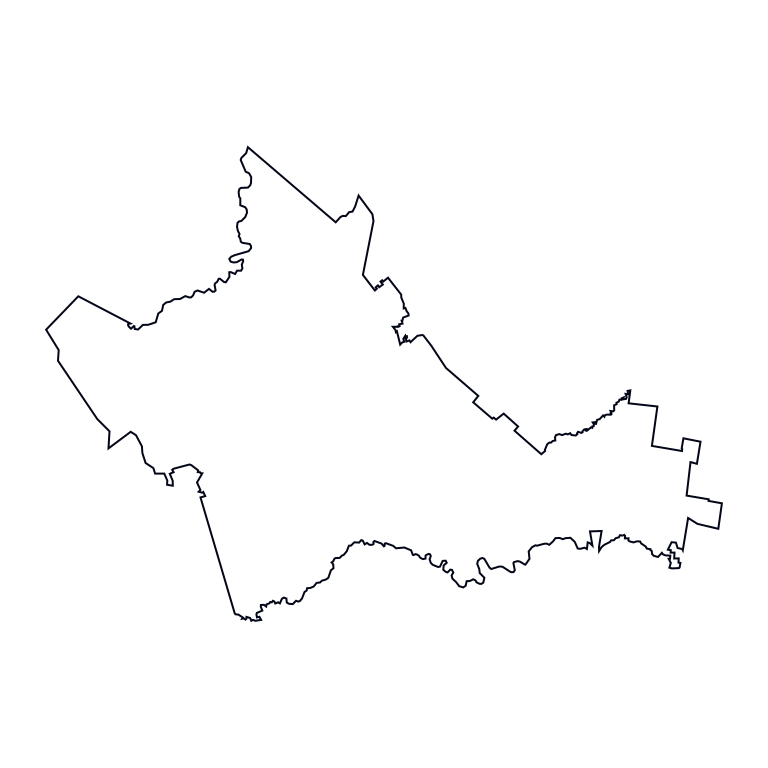 the district of Montemorelos, Nuevo León, Mexico
{"feature_id": "50627088B84903506613222", "entity_name": "Montemorelos", "entity_type": "district", "adm_level": 2, "iso_a3": "MEX", "parent_name": "Mexico", "parent_adm1": "Nuevo León", "projection": "albers", "projection_center": [-99.737, 25.166], "detail": "fine", "context": "isolated", "style": "outline", "palette": "ink", "viewbox_px": 768, "rotation_deg": 0, "n_neighbors": 0, "source": "geoboundaries", "source_scale": "gbopen_adm2", "svg_char_len": 6122}
<svg xmlns="http://www.w3.org/2000/svg" viewBox="0 0 768 768"><path d="M358.6,195.6L355.1,206.6L352.5,211.6L349.2,212.1L345.8,216.1L342.6,215.9L340.5,217.0L335.7,222.3L247.9,147.2L246.2,153.1L241.4,157.9L240.7,160.0L245.7,171.7L249.1,173.3L251.2,177.1L251.0,183.0L250.2,185.3L247.9,187.6L241.0,187.9L239.4,189.0L238.6,191.9L239.2,196.9L240.3,198.3L240.3,205.3L245.2,207.2L246.7,209.5L247.0,212.7L245.3,217.0L241.3,221.0L239.1,221.4L237.6,222.7L237.0,226.6L237.8,230.6L239.5,234.0L238.8,236.4L240.2,238.4L240.8,241.7L242.3,242.8L249.7,244.0L251.0,246.0L251.1,248.1L248.6,251.2L234.9,255.1L231.2,256.7L229.3,258.9L230.6,261.6L233.7,262.5L237.0,262.1L241.5,259.5L243.0,259.7L243.2,261.2L241.8,264.7L242.4,268.3L241.1,270.7L237.0,270.7L235.1,274.0L230.8,272.1L229.3,272.2L229.4,276.9L225.8,282.3L224.0,282.0L219.9,278.7L218.7,278.8L217.2,281.8L214.9,283.6L214.6,285.1L215.6,290.4L214.4,291.6L212.6,291.8L209.0,288.9L204.1,292.7L197.5,290.5L194.6,291.8L193.1,295.4L191.2,297.3L189.5,297.5L185.3,296.1L180.0,299.0L174.1,299.2L170.5,301.6L166.1,302.5L163.2,305.0L162.0,310.8L158.3,313.5L155.7,322.3L148.2,324.8L142.9,324.9L138.1,329.5L134.7,329.0L134.4,326.2L133.9,326.0L131.0,328.7L128.7,326.5L128.0,324.8L128.2,324.0L130.4,323.5L78.3,296.3L46.1,329.7L58.7,350.1L58.0,360.8L97.3,419.1L109.5,431.3L108.5,448.4L130.7,431.8L136.0,435.2L141.9,446.3L142.4,453.1L145.6,463.0L153.4,468.1L155.1,473.6L164.3,473.6L167.3,480.6L167.1,484.8L172.8,485.7L172.7,480.8L169.8,473.8L173.6,472.2L172.2,469.8L173.7,468.7L189.5,464.5L191.4,465.2L198.2,470.4L197.8,472.1L200.0,472.2L200.5,473.1L202.3,473.3L197.0,482.5L200.4,489.9L198.7,491.7L202.3,492.7L203.3,492.0L205.2,496.1L200.5,497.4L234.7,613.3L235.5,614.3L238.4,614.6L242.8,617.5L242.1,618.7L243.7,618.4L245.5,619.6L246.4,618.7L246.5,616.9L250.1,618.0L251.3,620.8L253.0,619.8L255.2,620.8L261.1,619.9L259.4,616.8L257.0,617.4L256.4,614.3L256.9,612.9L262.3,610.6L260.8,606.7L260.9,605.0L263.8,604.8L266.2,606.5L266.5,604.4L269.4,603.3L270.2,602.0L271.8,602.3L272.9,600.8L274.4,601.5L275.3,603.5L278.1,602.3L279.9,603.4L281.9,598.8L283.8,597.6L286.4,598.5L286.8,602.6L289.1,603.8L292.8,604.1L296.0,600.8L297.9,601.5L299.7,601.2L302.0,598.5L304.5,592.0L306.6,590.6L307.1,588.2L310.2,588.0L313.7,586.5L316.6,582.9L320.0,582.5L321.9,580.7L325.7,579.6L328.3,577.9L330.9,570.3L333.5,568.2L333.2,564.3L331.6,562.4L333.2,561.3L334.4,558.8L335.4,558.1L339.7,557.9L341.9,555.6L343.6,555.0L346.8,551.2L348.9,545.7L351.0,545.6L354.3,542.3L359.1,542.6L361.3,540.1L362.8,540.7L364.7,544.4L367.0,542.9L369.4,544.8L372.3,544.8L373.6,543.9L373.4,542.0L374.5,541.0L381.6,543.6L383.8,546.3L384.5,546.0L384.8,543.6L385.9,543.2L393.1,545.8L396.1,548.3L404.3,547.5L411.1,550.3L412.8,554.8L413.5,555.1L415.6,554.1L417.1,554.6L418.8,555.6L420.2,557.7L422.7,559.1L425.5,558.6L425.6,555.5L426.2,555.0L428.7,553.9L430.0,554.3L430.8,556.0L429.6,559.3L430.8,562.9L432.7,564.8L438.1,567.0L440.0,566.6L442.7,560.9L445.7,560.7L446.7,562.8L443.7,565.4L443.3,569.8L445.8,571.9L447.6,572.4L450.3,569.6L452.0,569.9L453.3,572.6L451.6,575.4L452.4,578.6L456.2,582.2L459.2,586.2L463.3,587.4L465.6,585.8L466.7,581.2L469.9,581.0L473.2,579.3L475.6,580.5L476.5,582.3L479.5,583.8L481.4,583.9L483.3,582.6L484.4,577.8L479.7,573.0L479.3,569.2L477.2,563.8L477.9,560.9L480.2,558.7L482.3,558.0L484.3,558.8L489.5,567.6L491.2,569.0L499.3,566.5L502.4,566.7L510.8,572.1L513.5,572.1L514.8,570.2L513.4,563.1L514.0,562.1L517.7,561.1L519.9,561.6L525.1,564.7L525.7,564.3L529.5,558.8L528.7,551.4L532.0,547.2L535.5,545.3L537.0,545.7L544.0,543.8L546.6,543.6L549.3,544.8L553.1,541.3L555.5,538.1L559.8,538.0L562.9,539.2L565.3,538.2L570.4,537.8L574.8,541.9L577.7,548.5L580.3,548.8L584.6,547.7L586.9,549.0L587.7,542.4L589.9,543.2L592.4,545.6L590.0,531.4L601.6,531.0L599.0,546.7L599.1,551.0L601.5,547.2L604.3,544.8L610.1,541.9L611.1,540.4L613.9,540.2L615.7,538.2L618.9,537.3L620.0,535.2L622.6,535.6L624.2,534.9L625.1,535.9L624.9,538.4L628.5,538.3L628.4,540.4L629.4,541.3L633.4,542.4L637.0,541.3L640.1,541.5L641.1,543.4L645.8,546.6L646.8,548.6L650.4,549.2L650.3,549.9L651.8,551.1L652.1,554.1L653.8,555.8L658.0,557.0L661.9,552.8L662.9,554.3L665.4,555.4L670.3,555.6L670.0,558.7L668.7,558.8L670.8,562.9L669.4,567.7L671.9,568.4L678.9,568.1L679.6,567.5L680.4,562.9L678.5,562.6L678.7,558.4L674.2,558.5L674.5,552.6L670.6,552.6L670.8,550.2L667.9,549.7L671.6,542.2L675.9,542.6L677.6,548.0L682.3,549.1L682.8,550.2L688.1,518.0L697.5,523.9L718.3,528.8L721.9,503.3L708.5,500.9L708.7,499.3L686.6,495.6L690.5,462.1L696.9,463.8L700.5,441.7L683.4,438.3L681.7,448.4L682.2,449.0L682.0,451.0L651.9,445.9L657.4,406.5L628.6,403.3L630.3,390.4L627.6,390.9L628.2,394.4L625.6,393.9L626.7,397.4L626.0,398.9L623.3,399.3L623.7,397.4L621.6,398.3L621.3,399.8L619.5,399.6L618.7,401.6L616.4,402.8L616.6,404.2L614.1,405.3L614.2,410.3L613.3,411.3L610.6,411.0L611.3,412.2L610.6,413.0L611.5,414.0L610.9,414.7L606.8,414.6L604.7,415.4L604.4,416.7L603.1,415.4L599.7,419.1L597.1,419.9L596.0,423.9L595.4,423.8L595.0,422.1L592.7,422.4L594.0,424.5L593.6,426.3L592.4,426.4L592.2,427.8L591.0,427.4L586.8,430.8L585.9,430.6L586.4,429.1L584.3,429.4L582.3,431.5L582.5,432.3L581.3,432.9L578.1,431.8L577.0,433.4L577.3,434.2L575.7,435.5L571.4,435.0L570.2,433.2L567.8,434.4L565.9,433.7L562.1,435.1L559.3,434.1L556.0,435.1L555.0,437.3L555.3,440.5L552.7,441.0L551.0,442.6L549.3,442.6L547.2,444.3L544.9,449.9L545.1,451.0L541.3,454.2L514.5,430.7L518.1,426.5L503.7,413.6L496.1,419.6L493.7,417.6L492.3,418.7L473.2,402.3L478.3,395.9L446.0,368.0L431.2,345.6L423.5,335.6L422.5,335.0L417.4,335.8L410.5,342.2L409.4,340.4L406.5,341.5L405.6,338.8L406.5,338.4L406.1,337.2L407.0,337.0L406.9,336.3L405.9,336.7L405.4,335.6L403.3,338.9L404.2,341.8L402.1,342.5L400.2,344.6L396.9,331.3L395.9,332.1L395.6,330.2L392.9,326.8L398.1,326.8L397.9,326.3L399.6,326.0L399.2,324.3L402.5,323.6L401.7,320.9L402.3,321.0L403.1,317.6L408.6,315.5L408.4,313.4L406.7,311.3L405.4,307.9L403.7,308.4L403.8,303.6L401.3,297.6L401.2,294.6L388.0,277.7L383.2,281.6L382.2,280.3L380.5,281.6L382.8,284.6L379.2,287.2L377.9,285.4L375.7,287.3L376.8,288.7L374.9,290.5L362.9,274.9L373.5,221.1L372.4,214.2L358.6,195.6Z" fill="none" stroke="#020617" stroke-width="2"/></svg>